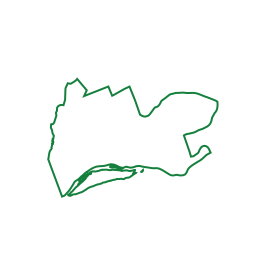 the district of Berón de Astrada, Corrientes, Argentina, rotated 151°
{"feature_id": "61730980B95294752297782", "entity_name": "Berón de Astrada", "entity_type": "district", "adm_level": 2, "iso_a3": "ARG", "parent_name": "Argentina", "parent_adm1": "Corrientes", "projection": "albers", "projection_center": [-57.552, -27.488], "detail": "fine", "context": "isolated", "style": "outline", "palette": "green", "viewbox_px": 256, "rotation_deg": 151, "n_neighbors": 0, "source": "geoboundaries", "source_scale": "gbopen_adm2", "svg_char_len": 5792}
<svg xmlns="http://www.w3.org/2000/svg" viewBox="0 0 256 256"><g transform="rotate(151 128 128)"><path d="M53.8,127.0L59.5,130.0L61.9,131.7L62.8,132.3L65.0,133.4L67.4,134.5L68.9,135.4L70.7,135.9L72.0,136.2L74.3,136.9L76.1,136.9L80.8,136.1L85.0,135.6L85.7,135.4L86.4,135.0L88.0,133.8L90.1,132.8L91.2,132.5L92.6,132.5L94.4,132.9L95.4,132.6L99.0,130.9L101.9,129.6L103.4,129.1L105.1,129.0L107.5,129.7L108.5,130.3L109.7,131.7L111.0,133.8L108.5,148.2L106.6,163.5L112.2,163.9L123.6,163.8L126.2,163.9L125.1,173.8L150.9,177.2L145.8,181.0L148.7,195.6L150.4,194.9L152.8,194.6L156.4,194.5L156.9,194.6L159.0,196.3L163.2,193.2L163.7,192.6L169.4,183.1L173.3,179.3L173.6,179.7L176.2,180.9L177.8,181.0L178.7,180.9L179.5,180.5L180.4,179.9L180.9,179.1L181.6,177.7L182.2,177.2L182.9,176.8L183.5,176.3L184.0,175.5L184.3,174.4L184.5,173.8L184.9,173.3L188.9,169.6L189.6,168.8L190.1,168.5L191.8,167.8L193.3,168.5L193.9,167.9L195.4,165.5L195.4,163.3L196.6,159.8L196.6,157.2L198.5,154.9L199.0,155.0L199.2,154.3L199.6,154.3L199.9,153.0L200.6,153.2L200.9,152.0L201.3,151.7L200.6,151.4L201.6,150.3L202.4,150.4L203.4,148.9L204.3,148.2L204.4,147.4L205.6,146.6L206.9,146.0L207.8,145.4L208.8,144.4L210.4,142.5L211.7,140.7L212.9,139.4L214.3,130.4L218.9,100.0L218.3,100.0L217.1,99.7L216.0,99.7L211.8,101.1L209.4,102.0L207.2,103.1L202.7,105.6L201.2,106.6L199.8,107.0L196.5,107.2L194.6,107.6L192.2,108.3L190.8,108.5L186.7,109.5L179.8,110.0L177.5,110.0L174.3,109.5L172.2,108.7L167.2,106.4L164.8,105.7L162.8,105.3L161.4,104.8L160.9,104.8L159.5,103.9L158.1,102.8L157.0,101.6L156.1,100.4L155.5,99.5L154.4,97.9L152.8,96.3L151.4,95.5L149.1,95.2L148.2,94.9L145.1,92.1L144.5,91.9L142.9,91.2L139.1,90.5L137.3,89.7L136.2,89.1L135.2,88.2L132.5,85.9L130.1,84.1L126.5,81.3L124.8,80.2L122.9,79.3L121.2,78.1L120.3,77.2L119.5,76.1L119.2,75.6L118.3,74.4L117.3,72.6L114.3,67.3L113.5,66.1L112.6,65.3L111.5,64.6L109.9,64.0L109.1,63.9L107.9,63.3L107.0,62.5L105.5,61.3L103.7,60.3L102.3,59.9L100.6,59.7L99.0,60.3L96.8,61.8L95.8,62.7L94.7,63.2L93.5,63.6L91.1,64.1L88.1,64.4L83.6,64.6L80.2,64.7L77.7,65.1L72.4,66.4L67.7,66.4L67.4,70.3L67.5,71.8L67.8,72.9L68.5,74.3L69.7,75.3L71.1,75.8L71.7,75.8L73.4,75.6L75.2,74.7L76.7,73.7L77.7,72.8L78.8,72.2L80.1,72.0L84.3,71.6L85.0,71.7L85.9,72.2L86.8,72.4L85.6,77.8L82.7,94.4L80.8,94.4L79.3,94.1L75.6,92.9L72.4,92.1L70.9,91.9L68.4,91.9L67.1,91.8L65.6,91.6L63.5,91.1L61.5,91.0L58.2,90.9L56.5,91.1L54.9,91.5L53.4,92.3L51.6,93.8L49.3,96.4L47.2,97.6L45.2,99.0L43.9,99.4L41.8,100.6L40.9,101.5L39.6,103.0L38.1,105.4L37.1,107.7L37.7,108.9L39.1,110.8L44.0,116.7L45.4,118.2L49.9,123.7L51.7,125.5L53.2,126.6L53.8,127.0ZM152.7,84.9L151.8,84.4L151.4,84.3L150.6,84.2L149.8,84.2L148.4,84.4L147.1,84.4L146.2,84.6L145.6,84.7L145.3,84.7L145.1,84.8L144.5,84.8L143.3,84.7L143.1,84.8L142.8,84.9L142.9,85.0L143.6,85.1L144.0,85.5L144.3,85.7L144.6,85.5L144.8,85.2L145.0,85.2L145.6,85.2L145.9,85.4L145.8,85.5L145.7,85.7L144.9,86.0L143.9,86.6L143.0,87.2L142.5,87.5L142.3,87.8L143.2,88.3L144.9,88.6L145.8,89.0L146.9,89.3L147.8,89.8L148.4,90.4L149.7,91.7L150.6,92.0L151.5,92.5L152.8,93.0L153.4,93.1L154.3,93.5L155.6,94.9L159.9,97.8L161.0,98.4L161.0,98.6L161.4,98.8L162.3,99.2L163.2,99.4L164.5,100.0L165.7,101.0L167.0,102.0L169.6,103.3L170.2,103.7L170.4,103.7L170.4,103.8L171.6,104.3L172.8,104.5L173.6,104.5L177.3,105.6L178.1,106.0L178.7,106.5L180.0,107.2L181.0,107.2L181.5,107.1L182.0,106.7L182.3,106.3L182.9,105.8L183.4,105.9L184.4,106.4L184.8,106.4L185.3,106.3L186.0,105.9L187.9,105.3L188.7,105.0L189.5,104.4L189.9,104.2L192.9,103.4L193.9,103.1L194.7,103.0L196.9,102.6L197.7,102.4L198.6,102.1L199.2,102.1L199.7,101.9L200.7,101.6L202.3,101.4L204.0,100.8L205.3,100.3L205.6,100.3L206.1,100.1L206.3,100.0L206.9,99.7L208.3,99.4L208.8,99.4L209.4,99.3L210.2,98.5L210.6,98.7L211.1,98.7L211.9,98.5L212.7,98.5L212.8,97.9L211.5,96.7L211.1,96.6L209.3,96.5L208.8,96.6L206.9,96.0L206.3,95.6L205.6,95.4L203.3,95.0L202.4,94.9L199.1,94.3L196.7,94.4L196.5,94.5L196.0,94.4L194.9,94.4L193.8,94.7L192.9,94.7L191.2,94.8L188.4,94.4L188.1,94.4L187.4,94.1L182.3,93.5L180.9,93.0L179.7,92.7L178.1,92.3L176.6,92.4L176.2,92.3L175.3,92.0L173.7,91.4L173.2,91.5L169.7,90.7L169.3,90.6L169.1,90.3L167.3,90.1L166.5,89.8L165.7,89.7L165.2,89.4L164.1,89.0L163.1,88.9L162.0,88.6L160.8,87.8L159.0,87.1L158.4,86.8L156.8,85.5L156.3,85.3L155.7,85.3L155.4,85.4L155.1,85.4L154.0,85.3L152.7,84.9ZM196.4,104.7L196.1,104.4L195.1,104.5L194.4,104.4L193.7,104.5L191.7,105.0L190.8,105.2L189.9,105.5L189.4,105.6L187.4,106.7L187.2,107.1L187.3,107.2L187.2,107.2L187.3,107.3L187.5,107.3L188.1,107.1L188.8,107.0L189.2,106.8L189.8,106.8L190.7,106.8L191.1,106.9L191.5,106.9L193.1,106.8L195.1,106.3L195.7,106.0L196.0,105.5L196.4,105.3L196.4,104.7ZM162.1,101.8L160.4,100.8L159.7,100.6L159.0,100.1L158.5,99.9L157.8,99.1L157.3,99.2L157.6,99.7L158.5,101.4L158.7,101.6L159.3,101.8L159.8,101.8L160.2,101.6L161.9,102.3L162.4,102.6L162.5,102.4L162.3,102.2L162.1,101.8ZM197.9,103.3L198.0,103.1L198.5,103.0L198.5,102.8L198.8,102.7L198.7,102.5L197.2,102.8L196.6,103.1L194.7,103.3L193.9,103.9L194.3,104.2L195.7,104.3L195.8,104.2L196.2,104.3L197.2,103.5L197.5,103.4L197.9,103.3ZM184.1,106.7L183.4,106.1L183.0,106.1L182.7,106.2L182.2,106.8L181.9,107.1L181.7,107.1L181.6,107.4L182.8,107.5L183.7,107.4L184.3,107.1L184.6,107.1L184.6,106.9L184.4,106.7L184.1,106.7ZM161.6,103.4L162.0,103.2L162.1,102.8L161.7,102.5L161.2,102.4L160.3,101.9L159.7,102.0L159.1,102.0L159.2,102.3L161.1,103.4L161.6,103.4ZM153.6,95.3L153.1,95.3L153.4,95.8L153.8,96.1L154.5,96.4L155.6,97.2L155.8,97.5L156.8,98.0L156.7,97.8L156.3,97.5L155.8,96.9L155.1,96.4L154.7,96.0L153.6,95.3ZM135.8,83.9L136.1,83.7L136.6,83.5L137.5,83.5L137.7,83.2L137.3,82.9L136.7,82.9L135.9,83.2L135.5,83.5L135.3,84.0L135.8,83.9ZM185.4,107.8L186.2,106.9L185.8,106.9L184.8,107.2L184.9,107.6L185.0,107.7L185.4,107.8Z" fill="none" stroke="#15803d" stroke-width="2"/></g></svg>